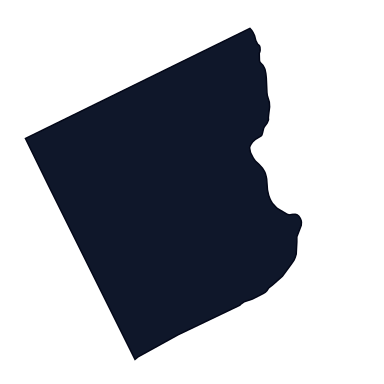 outline of Hancock, Illinois, United States of America, rotated 153°
{"feature_id": "52423323B89026869703767", "entity_name": "Hancock", "entity_type": "district", "adm_level": 2, "iso_a3": "USA", "parent_name": "United States of America", "parent_adm1": "Illinois", "projection": "equal_earth", "projection_center": [-91.372, 40.416], "detail": "fine", "context": "isolated", "style": "filled", "palette": "ink", "viewbox_px": 384, "rotation_deg": 153, "n_neighbors": 0, "source": "geoboundaries", "source_scale": "gbopen_adm2", "svg_char_len": 1201}
<svg xmlns="http://www.w3.org/2000/svg" viewBox="0 0 384 384"><g transform="rotate(153 192 192)"><path d="M318.8,68.7L314.8,69.6L269.1,71.1L200.6,69.4L200.0,69.8L195.4,70.5L186.7,69.2L174.4,69.2L172.2,69.4L170.0,70.1L167.2,71.7L162.5,72.6L149.7,75.9L135.8,82.9L132.0,85.0L129.8,86.8L127.3,89.4L121.2,100.0L118.9,104.5L109.8,112.7L108.2,115.4L107.7,117.0L107.5,119.3L107.8,122.0L108.7,124.0L110.1,125.3L112.7,126.5L115.4,127.3L116.9,128.5L118.0,130.0L123.4,138.6L123.9,139.8L125.5,145.5L125.7,148.8L125.6,151.0L125.2,154.3L123.8,159.6L119.6,169.6L118.9,172.0L118.2,175.4L118.1,177.3L118.4,181.2L119.8,186.3L121.5,190.9L122.0,194.5L122.0,200.1L121.8,201.3L120.6,205.3L119.5,206.5L118.0,207.6L115.3,209.1L111.7,210.1L104.9,210.6L103.8,211.1L102.2,212.8L99.2,216.3L98.0,217.2L93.8,219.3L91.5,221.2L90.9,221.9L90.3,223.4L88.4,226.4L84.2,232.6L82.3,237.0L81.1,243.7L80.1,246.5L74.1,259.7L72.5,263.8L71.3,268.1L71.2,269.8L71.3,272.7L72.2,275.6L72.5,276.9L72.2,278.5L69.4,284.4L69.0,285.2L67.9,286.1L66.9,287.4L65.8,289.9L65.5,291.3L65.7,292.4L66.4,293.9L66.4,298.0L65.3,302.8L65.2,306.3L65.4,308.8L66.1,311.5L316.1,315.3L316.9,264.7L318.8,68.7Z" fill="#0f172a" stroke="#020617" stroke-width="1.5"/></g></svg>